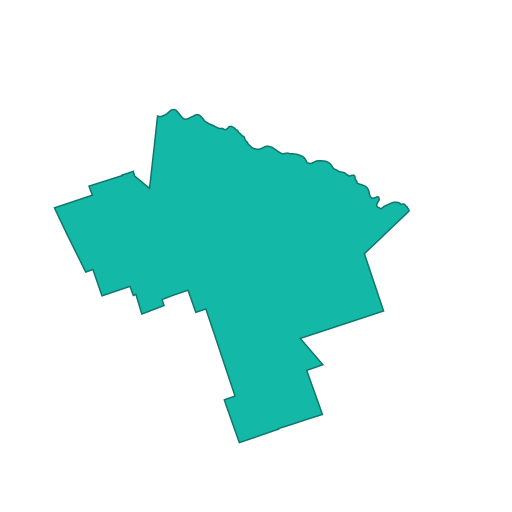 outline of Capital, Santiago del Estero, Argentina, rotated 330°
{"feature_id": "61730980B71875580954916", "entity_name": "Capital", "entity_type": "district", "adm_level": 2, "iso_a3": "ARG", "parent_name": "Argentina", "parent_adm1": "Santiago del Estero", "projection": "orthographic", "projection_center": [-64.309, -27.9], "detail": "fine", "context": "isolated", "style": "filled", "palette": "teal", "viewbox_px": 512, "rotation_deg": 330, "n_neighbors": 0, "source": "geoboundaries", "source_scale": "gbopen_adm2", "svg_char_len": 3986}
<svg xmlns="http://www.w3.org/2000/svg" viewBox="0 0 512 512"><g transform="rotate(330 256 256)"><path d="M217.8,422.8L234.3,426.4L236.9,412.4L239.4,398.6L242.7,380.4L259.5,383.6L253.1,349.5L339.0,367.4L351.0,308.2L358.5,306.4L363.8,305.1L411.0,293.6L411.4,292.8L411.4,291.7L411.3,290.3L411.5,289.1L411.0,288.4L410.7,287.6L410.7,286.3L410.4,285.3L409.0,284.3L407.7,283.9L407.0,283.4L407.0,282.8L406.8,282.0L406.0,280.8L404.5,279.8L403.4,278.9L401.3,278.1L399.2,277.8L397.1,277.6L395.0,277.4L393.1,277.2L391.3,277.1L389.8,277.3L388.3,277.7L387.5,277.4L387.3,276.7L386.9,276.0L386.7,275.5L386.0,274.9L385.7,274.3L385.6,273.5L385.7,272.8L386.2,272.0L386.9,271.3L387.7,270.8L388.7,270.2L390.0,269.5L390.7,269.0L391.1,268.3L391.4,267.5L391.6,266.6L391.4,265.9L391.0,265.4L390.3,265.3L389.2,265.2L387.9,265.0L386.7,264.7L385.7,264.2L385.1,263.7L384.9,262.7L384.7,261.8L384.8,260.7L385.1,259.8L385.2,259.0L385.7,257.7L386.0,256.9L386.2,255.7L386.5,254.8L386.4,253.6L386.3,252.2L385.9,251.0L385.4,250.2L384.9,249.4L384.3,248.5L383.7,247.8L383.1,247.1L382.5,246.4L381.7,245.6L381.0,244.8L380.4,244.1L380.1,243.5L380.3,242.9L380.5,242.0L380.7,241.3L380.5,240.7L380.4,240.2L380.4,239.3L380.4,238.2L381.1,237.5L381.4,236.6L381.4,235.6L381.0,234.8L379.9,234.3L378.5,233.8L377.5,233.8L376.5,233.1L376.0,232.2L375.4,230.9L374.9,229.5L374.4,228.6L373.9,227.8L372.9,226.8L371.7,225.9L370.5,224.8L369.7,223.8L368.9,222.2L368.2,221.0L367.2,219.7L366.8,218.4L366.8,217.2L366.7,216.4L366.7,214.9L366.3,213.2L365.7,211.7L364.8,210.1L364.0,209.1L362.9,208.1L361.1,206.8L359.7,205.9L358.3,205.1L357.8,204.9L356.6,204.2L355.0,203.8L353.5,203.8L353.0,203.8L351.0,203.5L349.8,203.3L348.5,202.6L347.5,201.4L347.0,200.6L346.9,199.9L347.0,199.0L347.1,197.6L347.0,196.1L346.8,195.0L346.4,193.8L345.6,192.5L344.8,191.2L343.5,189.8L342.5,188.6L341.8,188.0L341.6,187.8L340.8,187.3L338.7,185.6L337.0,184.7L335.9,183.7L334.8,182.7L333.3,182.0L331.9,181.4L330.4,181.2L329.7,180.5L328.8,179.1L327.4,176.6L326.6,174.7L325.5,172.7L324.9,171.2L324.2,169.8L322.9,168.5L321.7,167.3L320.8,166.5L318.7,165.9L316.8,165.7L316.7,165.7L315.1,165.6L313.6,165.5L312.0,165.1L310.4,164.2L309.5,163.4L308.5,162.5L307.5,161.4L306.9,160.4L306.4,159.6L306.3,158.8L306.1,158.0L305.6,156.5L305.3,155.4L305.2,154.0L305.2,153.5L305.2,153.0L305.2,152.2L304.9,151.8L304.8,151.1L304.7,150.1L304.8,149.2L305.0,148.2L305.2,147.4L305.2,146.5L304.8,145.8L304.5,145.4L304.0,144.9L303.9,144.2L303.8,143.5L303.7,142.9L303.5,142.1L303.2,141.5L303.0,140.8L302.7,139.9L302.8,139.2L302.8,138.4L302.6,137.6L302.2,137.3L301.8,136.5L301.6,135.8L301.3,134.7L301.0,133.6L299.8,132.1L299.1,131.1L297.6,130.6L296.7,130.7L295.3,131.3L293.9,131.4L292.6,131.3L291.7,130.5L291.0,129.1L290.3,128.4L289.4,128.1L288.1,127.3L287.3,126.3L286.4,125.3L285.8,124.1L285.0,123.1L284.6,122.0L283.7,121.0L283.2,120.1L282.5,119.5L281.7,118.2L281.1,117.4L280.7,116.5L279.9,115.2L279.4,114.4L279.1,113.3L278.8,112.5L278.8,111.2L278.6,110.1L278.2,107.9L277.9,107.0L277.2,105.5L276.4,104.7L275.4,103.9L274.2,103.6L272.8,103.5L271.5,103.5L269.7,103.4L268.0,103.2L266.7,103.2L265.2,103.0L264.1,102.6L263.4,102.3L262.5,101.6L261.9,100.8L261.3,99.2L261.1,98.1L260.9,97.0L260.6,95.4L260.6,94.1L260.2,92.7L260.1,91.7L259.8,90.7L259.5,89.6L258.3,88.3L257.0,87.5L255.7,87.3L254.2,87.4L252.6,87.7L251.2,88.0L250.2,88.3L248.2,88.3L246.1,88.1L244.6,88.0L243.6,87.8L242.5,87.3L241.8,86.7L241.2,86.1L240.7,85.6L233.5,95.4L227.0,104.3L222.1,111.0L197.6,144.2L190.9,126.1L191.8,122.0L192.2,121.4L189.7,120.9L180.6,119.0L180.6,119.5L165.9,116.3L156.4,114.2L146.3,112.0L144.7,121.5L105.5,113.5L105.3,116.0L103.3,141.0L100.5,184.8L108.0,186.2L104.1,206.4L102.7,213.5L131.7,219.3L130.0,228.9L132.8,229.2L128.1,249.2L151.6,252.9L152.9,246.7L164.9,248.6L175.9,250.8L180.0,251.7L175.7,274.7L186.1,276.8L180.7,303.6L174.3,334.9L167.8,366.8L156.8,364.7L156.6,364.7L154.7,374.7L148.3,409.1L148.3,409.3L189.1,417.2L189.2,416.7L205.2,420.2L217.8,422.8Z" fill="#14b8a6" stroke="#0f766e" stroke-width="1.5"/></g></svg>